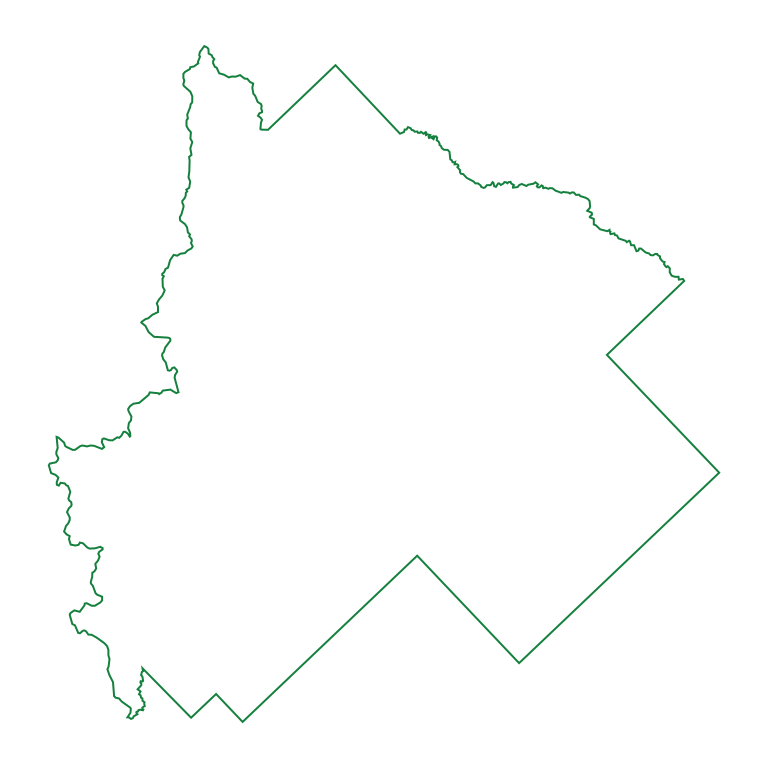 outline of Catan Lil, Neuquén, Argentina
{"feature_id": "61730980B52691065899930", "entity_name": "Catan Lil", "entity_type": "district", "adm_level": 2, "iso_a3": "ARG", "parent_name": "Argentina", "parent_adm1": "Neuquén", "projection": "orthographic", "projection_center": [-70.539, -39.454], "detail": "fine", "context": "isolated", "style": "outline", "palette": "green", "viewbox_px": 768, "rotation_deg": 0, "n_neighbors": 0, "source": "geoboundaries", "source_scale": "gbopen_adm2", "svg_char_len": 5997}
<svg xmlns="http://www.w3.org/2000/svg" viewBox="0 0 768 768"><path d="M253.2,83.6L249.9,81.9L247.3,78.8L244.6,78.6L240.1,75.1L235.6,76.7L232.0,76.5L228.8,77.4L224.0,74.7L219.2,73.3L216.6,67.6L214.8,66.8L213.1,63.2L213.2,60.8L214.3,59.1L212.4,57.1L211.7,55.2L208.7,53.6L208.4,49.0L207.4,47.7L204.3,46.1L199.9,52.0L199.2,55.1L200.0,56.7L197.9,62.0L198.3,63.3L193.9,66.5L190.3,67.2L189.9,69.0L185.0,71.9L183.4,73.8L183.4,78.0L184.3,80.8L183.3,84.4L183.8,85.9L190.4,91.8L192.3,96.3L192.2,102.4L190.6,104.3L190.2,107.1L187.2,114.7L187.9,118.6L186.8,119.7L186.5,121.1L186.5,125.9L188.3,129.2L190.9,132.3L190.4,138.7L192.3,142.0L190.3,148.4L191.5,154.9L189.1,156.9L189.6,160.3L189.3,171.5L188.5,177.3L190.2,181.6L189.2,187.8L186.3,189.7L187.2,191.5L185.9,192.7L185.6,196.0L184.6,198.2L182.3,200.9L182.3,202.8L183.6,205.6L183.4,207.4L181.4,214.5L179.9,217.0L179.9,219.2L180.3,220.6L185.1,224.2L187.1,227.5L187.9,232.4L190.0,234.4L189.2,236.3L191.6,239.3L191.8,241.1L191.0,243.0L192.7,246.6L191.3,248.5L187.7,250.4L184.9,253.1L180.4,253.7L177.2,255.7L173.7,254.9L173.3,255.4L170.1,260.2L168.0,267.7L165.5,269.0L164.1,272.3L162.3,273.7L162.2,275.1L163.8,276.2L162.5,278.7L162.8,286.7L164.7,290.4L162.3,295.6L159.0,299.5L156.8,303.3L158.0,306.8L158.0,312.1L152.3,314.8L148.2,318.3L145.5,319.1L141.7,321.8L141.3,322.6L145.4,325.9L148.7,332.2L154.0,336.8L167.5,337.6L169.5,338.1L170.3,339.1L170.4,340.6L165.3,347.4L163.7,352.2L162.4,353.5L162.1,355.6L163.3,359.3L165.8,362.5L167.8,370.2L169.5,370.7L170.9,370.1L172.3,368.0L174.3,367.4L176.7,370.0L177.2,371.7L175.1,374.9L174.6,377.7L178.5,392.2L176.2,393.1L170.4,389.6L162.8,390.6L161.5,392.6L159.2,394.1L158.7,393.3L149.8,392.4L148.6,394.9L139.3,402.8L133.5,403.7L132.0,404.7L129.9,406.3L128.1,409.1L128.6,411.3L131.4,416.5L131.0,420.3L128.9,423.0L128.1,428.2L130.1,432.7L130.3,436.1L129.8,436.6L127.8,433.6L125.0,431.7L123.5,431.9L121.4,435.7L119.2,437.8L117.3,437.3L112.5,440.4L109.0,440.2L103.9,438.4L102.3,439.2L101.8,442.3L104.2,447.2L102.0,448.9L94.1,445.8L90.6,445.5L86.9,446.4L82.6,445.5L80.3,446.1L75.1,449.8L72.7,449.9L66.1,446.7L65.1,445.8L64.1,442.6L58.6,437.7L56.6,436.9L57.7,448.0L56.3,452.1L56.4,454.5L58.3,458.0L57.7,460.3L55.9,462.3L49.8,463.6L48.8,465.3L51.1,473.1L55.6,474.9L58.4,477.6L56.7,482.3L56.9,484.8L58.8,485.6L60.6,482.8L64.8,483.4L66.2,485.2L68.0,486.0L70.3,491.8L68.4,498.6L69.1,500.4L71.2,502.1L71.6,504.6L71.3,505.9L68.8,508.4L67.0,512.1L69.7,517.3L69.7,520.0L68.3,523.3L66.0,526.0L64.1,531.6L66.6,534.4L69.7,536.1L69.0,539.1L70.7,544.6L75.3,545.5L78.5,544.9L79.9,542.6L83.0,543.3L87.3,547.5L89.6,548.6L95.1,548.3L100.2,546.8L102.6,548.1L102.6,549.4L99.2,551.8L98.3,553.8L99.6,556.7L98.0,560.6L95.3,563.9L96.2,568.5L94.3,571.5L92.3,572.8L92.2,576.9L90.7,582.3L91.0,583.6L92.9,585.9L95.6,593.3L97.2,594.7L102.1,596.7L102.1,600.4L100.3,602.5L94.8,605.8L91.6,605.7L86.7,603.2L84.7,603.6L84.5,605.3L79.7,611.8L74.3,610.4L70.8,612.8L69.8,614.1L69.9,615.5L72.3,624.0L75.0,625.4L78.2,632.9L79.9,633.3L83.1,630.6L84.6,630.5L86.1,631.4L88.4,634.6L91.7,634.8L96.6,637.6L104.5,643.3L107.1,646.1L108.4,650.0L108.4,655.3L109.5,659.0L108.6,666.6L107.4,669.2L109.5,675.3L113.0,682.1L114.1,696.2L115.6,697.7L119.1,698.5L121.8,701.6L130.3,707.7L130.8,708.6L130.5,712.6L127.5,717.3L128.7,717.3L131.0,718.9L132.8,718.2L133.7,716.3L137.4,714.2L136.3,712.7L136.6,711.8L138.1,711.4L138.4,710.2L140.3,709.7L142.9,710.3L143.3,709.6L142.3,708.8L142.4,707.5L144.8,706.0L144.2,703.8L144.5,702.2L142.5,700.8L142.4,698.4L141.0,697.6L140.6,695.4L139.0,694.3L140.5,691.4L137.6,689.3L141.3,685.2L141.3,683.7L140.4,682.5L140.7,681.2L142.6,681.5L143.1,680.8L142.4,676.6L141.1,675.1L141.9,672.0L143.0,671.2L142.5,668.3L191.1,717.7L216.1,694.0L242.6,721.9L417.2,555.7L519.1,663.1L719.2,472.7L606.9,354.9L684.2,280.9L682.9,279.0L678.9,279.6L678.5,276.8L674.9,276.8L671.7,275.7L669.7,272.3L669.8,268.3L667.7,266.2L666.4,267.1L665.5,266.3L664.0,264.1L664.6,262.1L662.8,261.6L661.3,260.0L660.0,258.1L660.0,256.4L657.5,254.9L657.2,254.0L655.3,253.9L652.9,255.4L650.5,255.0L649.1,253.5L645.7,252.5L640.9,248.5L639.2,248.5L638.4,250.6L636.5,251.2L634.0,245.2L631.1,245.2L630.0,241.5L629.1,240.7L626.8,242.2L625.7,240.8L618.5,238.4L617.0,235.5L614.9,235.0L614.4,233.4L610.6,234.1L610.0,232.8L610.4,231.6L609.6,231.2L609.5,229.9L607.3,231.2L600.1,229.3L595.9,225.3L593.8,224.5L593.8,218.9L589.9,217.3L589.8,216.7L592.0,214.6L591.7,212.7L587.2,210.8L589.7,208.1L590.1,206.4L589.6,201.1L588.0,199.1L585.5,197.7L580.3,196.1L579.1,194.7L576.0,194.9L573.8,192.5L571.9,192.4L569.9,193.5L568.4,192.6L563.2,192.0L561.4,192.8L555.6,190.7L552.5,188.3L549.9,188.1L548.3,188.8L545.5,187.6L543.5,188.2L543.0,187.9L542.8,186.1L541.6,185.4L539.3,187.4L537.8,187.4L536.8,186.3L538.1,184.4L535.4,182.3L533.5,183.7L528.2,184.7L526.4,186.0L521.8,184.0L519.4,184.9L517.5,187.1L513.0,187.6L512.9,186.6L513.9,185.1L511.2,183.5L510.6,181.9L508.5,182.2L507.3,183.3L506.2,182.3L504.4,182.1L503.6,183.4L500.8,185.0L499.4,183.5L498.2,183.4L495.9,186.9L494.2,186.2L493.4,182.7L492.5,182.2L490.7,185.1L486.8,185.2L485.1,187.4L483.8,187.9L481.3,187.0L480.7,185.5L478.0,183.4L475.4,183.4L473.6,181.5L466.7,177.9L463.2,174.1L461.1,173.8L459.9,172.2L460.2,170.4L457.4,167.1L458.4,166.2L458.2,165.0L457.0,164.2L454.6,164.3L455.1,162.0L454.1,162.5L452.5,162.1L451.7,160.2L450.3,159.4L449.5,151.9L447.7,149.9L444.1,149.8L441.8,148.2L441.1,146.2L439.5,144.9L439.6,143.8L438.6,141.6L436.7,140.3L437.2,137.7L436.2,136.4L434.9,136.4L433.5,139.2L432.1,138.1L432.6,136.6L429.1,138.0L428.6,136.8L430.2,135.1L427.5,134.4L425.9,135.1L425.6,134.2L426.3,132.9L425.8,132.1L423.4,133.7L421.0,131.8L419.8,132.9L418.0,132.8L417.4,131.5L414.7,131.7L413.6,130.4L411.7,130.0L410.6,128.2L408.0,127.1L406.5,129.5L404.7,129.5L404.0,132.0L400.0,133.7L335.5,65.2L268.0,129.8L261.2,129.6L260.4,129.0L261.0,122.6L262.0,119.8L260.6,117.7L258.0,115.8L259.3,113.4L262.0,112.2L262.1,111.0L261.2,108.7L261.7,105.8L260.9,104.0L257.7,102.0L255.2,95.8L253.4,93.8L252.3,87.8L253.2,83.6Z" fill="none" stroke="#15803d" stroke-width="2"/></svg>